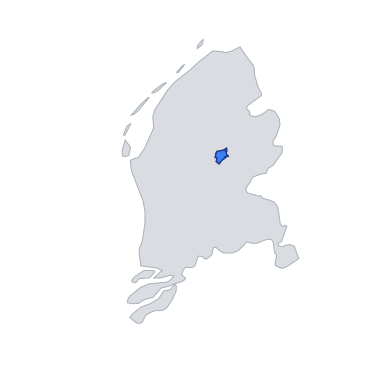 location of Epe, Gelderland, Netherlands, rotated 324°
{"feature_id": "6326949B68676611805057", "entity_name": "Epe", "entity_type": "district", "adm_level": 2, "iso_a3": "NLD", "parent_name": "Netherlands", "parent_adm1": "Gelderland", "projection": "equal_earth", "projection_center": [5.999, 52.327], "detail": "fine", "context": "in_parent", "style": "filled", "palette": "blue", "viewbox_px": 384, "rotation_deg": 324, "n_neighbors": 0, "source": "geoboundaries", "source_scale": "gbopen_adm2", "svg_char_len": 5040}
<svg xmlns="http://www.w3.org/2000/svg" viewBox="0 0 384 384"><g transform="rotate(324 192 192)"><path d="M239.3,308.6L232.7,308.4L226.5,308.2L223.3,307.8L219.8,306.6L218.2,304.0L216.3,300.9L216.8,299.0L222.6,293.6L223.5,292.1L222.9,291.3L223.5,288.9L227.9,280.9L228.5,277.6L226.5,275.4L223.7,274.0L214.3,271.6L209.9,268.3L207.9,265.3L205.8,264.5L202.7,265.5L195.0,266.6L188.7,265.0L181.3,259.5L179.7,254.5L178.8,250.7L176.9,249.4L174.4,251.4L171.3,254.5L165.0,254.8L163.3,254.1L163.0,252.4L162.6,250.8L160.9,248.7L159.1,247.6L151.2,253.3L148.2,253.3L144.6,251.1L142.7,249.0L138.7,250.2L135.0,252.8L136.2,257.8L134.2,258.7L129.7,258.2L124.7,256.2L119.0,255.0L110.5,251.5L98.5,254.3L90.2,251.0L83.3,250.7L79.1,248.0L74.5,243.6L77.8,240.6L81.0,239.6L93.7,239.0L102.8,240.8L119.3,250.5L123.4,250.4L127.9,249.2L125.7,246.6L121.5,245.3L115.4,242.7L110.6,239.1L122.1,237.9L120.5,236.0L119.0,232.8L107.0,221.5L109.2,218.5L112.3,212.0L116.2,206.6L119.2,205.1L124.2,201.3L135.1,190.1L142.1,181.0L147.3,170.2L155.1,140.6L157.3,135.6L160.9,130.1L165.4,131.1L168.5,132.7L179.7,128.5L198.7,117.6L204.4,108.2L209.9,103.8L231.7,95.3L243.7,92.8L262.3,92.1L275.7,90.6L291.8,90.1L297.9,95.3L301.5,99.2L307.2,101.3L316.1,102.8L315.7,110.4L315.9,125.4L315.2,128.1L311.3,134.4L307.1,145.8L306.0,153.4L304.8,154.8L287.8,154.8L285.4,156.1L285.0,157.7L285.9,159.6L285.5,161.6L284.2,163.1L284.9,165.6L287.9,168.5L293.3,170.2L299.0,170.4L302.0,170.1L304.2,172.1L306.3,175.3L306.2,179.2L305.4,184.5L302.7,189.4L294.9,195.1L291.3,197.1L288.0,198.1L286.5,199.6L285.7,201.5L285.9,203.2L291.5,207.7L291.4,208.8L289.8,211.1L287.6,213.3L273.2,218.0L267.2,217.6L263.8,219.9L262.7,220.4L258.9,218.2L250.5,215.8L247.3,216.6L245.5,218.0L240.2,219.6L236.4,222.2L236.4,225.5L243.2,234.0L245.5,235.6L245.6,238.8L248.9,242.8L252.3,247.8L252.6,251.0L252.3,254.2L250.5,258.8L244.7,269.5L244.6,271.6L245.1,273.2L247.1,273.6L248.6,274.4L248.2,275.8L237.2,283.3L235.8,284.6L231.2,284.2L230.5,285.5L231.1,287.5L232.9,289.3L236.8,290.2L240.2,292.1L242.9,295.8L239.3,308.6ZM124.7,256.2L123.7,259.3L121.1,262.7L112.5,267.6L103.5,270.9L98.8,270.5L95.7,268.8L94.0,267.0L89.2,265.3L82.7,264.4L78.5,266.3L75.6,268.0L73.0,267.8L71.1,266.3L69.7,264.0L67.9,256.9L72.8,255.6L83.4,255.1L91.6,257.6L102.4,258.8L110.7,255.4L117.2,258.3L124.7,256.2ZM107.1,227.3L113.4,231.8L114.7,233.2L115.2,234.7L107.1,236.5L98.6,231.0L93.0,232.3L90.9,229.7L90.9,228.1L96.8,226.8L107.1,227.3ZM168.5,119.7L162.2,125.4L158.3,123.8L157.2,122.5L159.2,118.0L168.6,110.7L168.5,119.7ZM196.8,94.5L190.8,95.1L188.1,94.0L202.5,90.9L211.5,89.9L213.1,90.3L196.8,94.5ZM235.2,88.7L222.7,90.0L218.4,89.0L217.7,88.1L221.1,87.5L231.9,87.4L235.2,88.2L235.2,88.7ZM182.9,100.7L171.0,106.6L170.0,105.6L177.7,100.5L182.9,100.7ZM286.5,78.8L280.6,79.1L282.3,77.0L287.8,75.4L290.7,75.4L286.5,78.8ZM261.0,84.5L252.1,87.2L249.9,86.7L250.4,85.9L258.3,84.2L261.0,84.5Z" fill="#d9dde1" stroke="#a8b0b8" stroke-width="1"/><path d="M242.1,184.3L242.3,184.3L242.5,184.3L242.5,184.2L242.4,184.1L242.4,183.9L242.5,183.9L242.5,183.7L242.5,183.4L242.4,183.3L242.4,183.2L242.2,182.9L242.0,182.4L242.0,182.2L242.2,181.6L242.3,181.5L242.3,181.4L242.4,181.2L242.5,181.0L242.6,180.8L242.6,180.7L242.8,180.4L242.8,180.2L243.0,179.9L243.1,179.7L243.1,179.3L243.1,179.2L243.4,179.3L243.5,179.3L243.6,179.2L243.6,179.3L243.8,179.3L244.5,179.3L244.5,179.2L244.5,178.9L244.7,178.6L244.6,178.4L244.6,178.2L244.6,177.9L244.6,177.7L244.8,177.6L245.1,177.4L245.4,177.4L245.5,177.3L245.7,177.2L245.8,177.1L245.7,177.0L245.7,176.9L245.4,176.8L245.1,176.8L245.0,176.7L244.9,176.7L244.5,176.6L244.2,176.8L243.8,176.8L243.7,176.8L243.3,176.8L243.2,176.8L242.9,176.9L242.8,177.0L242.7,177.1L242.4,177.2L242.4,176.9L242.5,176.8L242.5,176.7L242.4,176.7L242.2,176.7L241.9,176.5L242.0,176.4L241.8,176.3L241.7,176.3L240.9,176.1L240.7,176.0L240.2,175.8L240.0,175.7L239.3,175.4L239.2,175.4L238.8,175.2L237.6,174.5L237.0,174.2L236.6,173.8L236.2,173.9L235.5,174.1L235.4,174.2L235.2,174.2L235.1,174.3L234.9,174.3L234.5,174.5L234.4,174.6L234.1,174.7L234.0,174.8L233.9,174.9L233.6,175.2L233.2,175.6L232.8,176.0L232.3,176.6L231.9,177.0L231.7,177.2L231.0,177.6L231.4,178.0L232.0,178.7L232.1,178.9L232.0,179.0L231.8,179.1L231.7,179.3L231.6,179.6L231.4,179.9L231.2,180.1L230.9,180.4L230.6,180.7L230.1,181.1L229.5,181.4L229.5,181.8L229.7,182.2L229.7,182.3L229.8,182.7L229.8,182.8L230.2,183.4L230.2,183.5L230.0,183.8L230.0,184.0L230.1,184.3L230.2,184.6L230.3,184.7L230.3,184.8L230.4,185.0L230.5,185.1L230.8,185.3L230.9,185.2L231.0,185.2L231.3,184.9L232.0,184.6L233.0,184.4L234.3,184.1L234.7,184.0L235.3,183.9L235.6,183.8L236.0,183.9L236.6,183.9L236.9,184.0L237.0,184.0L237.4,184.0L237.5,184.0L237.8,183.9L238.1,183.9L238.2,183.7L238.5,183.3L238.6,183.1L238.8,183.0L238.8,182.9L239.0,182.9L239.2,183.0L239.3,183.0L239.2,183.1L239.2,183.3L239.1,183.6L239.0,183.8L239.3,183.9L239.7,183.8L240.1,183.7L240.3,183.7L240.5,183.7L240.8,183.6L241.0,183.7L241.4,183.6L241.5,183.6L241.8,183.8L241.7,183.9L241.7,184.0L242.0,184.3L242.1,184.3Z" fill="#3b82f6" stroke="#1e3a8a" stroke-width="1.5"/></g></svg>